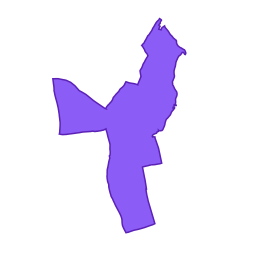 outline of Manokwari Selatan, Papua Barat, Indonesia, rotated 351°
{"feature_id": "22746128B90822416479405", "entity_name": "Manokwari Selatan", "entity_type": "district", "adm_level": 2, "iso_a3": "IDN", "parent_name": "Indonesia", "parent_adm1": "Papua Barat", "projection": "robinson", "projection_center": [134.051, -1.607], "detail": "fine", "context": "isolated", "style": "filled", "palette": "violet", "viewbox_px": 256, "rotation_deg": 351, "n_neighbors": 0, "source": "geoboundaries", "source_scale": "gbopen_adm2", "svg_char_len": 5362}
<svg xmlns="http://www.w3.org/2000/svg" viewBox="0 0 256 256"><g transform="rotate(351 128 128)"><path d="M177.9,26.8L177.8,26.7L177.7,26.2L177.1,25.5L176.6,25.3L176.2,24.9L175.6,25.8L174.9,26.3L174.3,26.7L173.4,27.3L172.4,28.2L171.3,29.5L170.2,30.9L169.5,31.8L169.0,32.4L168.0,33.4L167.4,34.5L166.4,35.8L164.5,37.8L164.0,38.4L163.9,38.5L163.6,38.8L163.0,39.4L162.9,39.4L162.0,40.0L160.0,42.7L159.6,43.3L158.2,44.9L157.4,46.1L156.7,46.9L155.2,47.8L154.7,48.7L154.5,48.8L155.2,49.7L155.5,50.7L155.8,51.3L156.0,51.9L156.5,53.0L156.9,55.0L157.5,56.3L158.4,57.6L158.7,58.9L159.0,59.8L158.8,60.0L158.7,60.1L158.3,60.7L157.6,61.4L156.7,62.5L156.1,63.2L155.7,63.7L154.7,65.2L152.9,67.3L151.5,69.9L150.7,71.1L149.9,71.9L149.0,73.0L148.9,73.2L148.8,73.5L148.8,77.0L148.9,78.1L148.9,79.0L148.7,79.3L148.8,79.4L145.7,84.4L144.3,86.7L144.3,86.8L142.5,85.8L140.8,85.1L138.3,84.3L136.3,83.6L134.4,82.6L133.2,82.0L132.7,82.8L132.1,83.3L131.7,84.1L131.3,84.6L130.5,85.6L128.7,86.9L127.7,87.5L126.9,87.9L125.9,88.7L124.7,90.3L122.9,91.7L121.5,92.7L121.0,93.2L119.8,94.3L118.2,95.6L117.6,96.8L117.1,97.6L116.6,98.3L115.2,99.7L114.9,99.9L114.0,100.6L112.7,101.7L111.6,102.4L110.1,103.9L109.3,104.9L108.8,105.1L109.0,105.4L108.3,105.1L99.3,96.6L98.1,95.4L92.9,89.6L91.5,88.1L87.7,85.0L85.7,83.5L82.2,78.0L78.6,74.0L75.3,71.8L74.2,71.1L70.6,69.8L66.5,68.3L62.9,67.8L61.5,67.6L61.3,72.9L61.3,74.8L61.3,75.4L61.0,78.6L60.8,79.1L61.0,84.2L61.3,87.4L61.6,89.9L61.7,91.1L61.8,91.4L62.1,95.9L62.1,96.2L62.2,96.8L62.2,99.6L62.2,102.1L62.2,104.0L62.1,104.9L61.8,112.0L61.3,115.1L60.9,116.9L60.7,117.8L60.1,120.4L59.5,122.7L59.2,123.2L60.4,123.7L62.3,124.3L66.1,124.7L67.7,124.7L74.1,124.9L75.5,124.9L76.1,124.9L79.7,125.0L82.7,124.9L90.5,125.6L91.3,125.6L92.7,125.6L94.7,126.3L96.1,126.3L96.9,126.4L98.2,126.4L100.8,126.4L101.7,126.3L103.6,126.2L106.1,125.4L106.1,126.8L106.5,129.0L106.8,133.4L107.2,136.9L107.6,140.4L107.6,141.9L107.0,145.1L106.8,146.4L106.8,147.3L106.7,149.0L106.1,151.8L105.2,152.6L105.3,154.8L103.8,158.2L103.5,159.1L102.2,162.9L101.0,165.8L100.4,169.0L100.2,170.5L99.7,172.4L99.5,174.5L99.5,177.6L99.7,178.9L100.1,180.6L99.8,183.2L99.9,185.2L99.9,185.9L100.1,187.9L100.2,189.1L100.5,191.2L100.6,192.5L100.7,193.2L101.7,195.6L102.0,197.0L102.2,197.8L102.8,199.7L103.5,202.4L104.5,205.3L105.6,208.4L106.5,211.0L107.3,214.0L107.7,216.8L107.7,217.4L107.5,219.4L107.3,221.4L107.3,223.5L108.0,226.4L108.8,228.7L109.6,231.1L111.9,231.0L115.1,230.4L118.1,229.9L122.2,229.7L124.9,229.4L125.6,229.3L128.8,228.9L133.5,228.0L135.8,227.6L137.2,227.4L139.6,226.7L136.5,203.2L136.4,201.0L136.1,197.2L136.1,191.3L136.7,191.3L136.7,182.1L136.5,178.1L136.2,168.8L136.6,168.7L138.1,168.6L142.4,168.3L145.3,168.0L147.6,168.3L149.7,168.4L151.0,168.3L154.0,168.3L155.8,168.0L155.0,152.7L153.1,142.0L153.2,141.7L153.2,141.4L153.2,141.0L152.5,140.9L151.9,140.6L151.5,140.6L151.0,140.8L150.7,140.2L150.8,140.1L150.9,139.4L151.3,138.9L152.0,138.4L152.6,138.2L153.6,137.9L154.3,137.8L154.8,137.7L155.2,137.6L155.8,137.1L156.1,136.4L156.6,136.3L157.4,136.2L157.6,135.6L157.7,134.9L158.1,135.5L158.7,135.7L159.2,135.8L160.3,135.8L161.1,135.8L161.6,135.5L162.0,135.2L162.5,134.5L163.4,133.0L163.8,132.5L164.1,132.0L164.5,131.3L164.9,130.4L165.2,129.6L165.4,128.9L165.8,128.0L166.3,127.0L166.6,126.3L167.2,125.6L167.6,125.1L168.0,124.8L168.5,124.6L169.1,124.0L169.5,123.7L170.2,123.1L170.6,122.7L171.4,122.1L171.8,121.7L172.4,120.9L172.7,120.3L173.1,119.7L173.5,119.1L174.2,118.3L174.7,117.9L175.4,117.4L175.7,116.8L175.7,115.9L175.7,115.3L176.2,115.8L176.7,116.2L177.0,115.8L177.2,115.2L176.9,114.8L176.8,114.3L176.8,114.2L176.9,113.4L177.0,112.8L177.2,112.2L177.6,112.3L178.0,112.8L178.4,113.3L179.1,113.3L179.1,112.8L178.8,112.4L178.4,112.2L178.5,111.6L178.8,111.1L179.0,110.4L179.1,109.9L179.2,109.3L179.2,109.1L179.2,108.7L179.3,108.2L179.4,107.5L179.5,106.9L180.0,105.8L180.2,105.4L180.7,104.8L181.0,104.3L181.3,103.7L181.7,102.4L181.8,101.8L181.8,101.3L181.8,100.2L181.5,99.3L180.8,98.0L180.5,97.2L180.2,96.5L180.2,96.4L179.8,95.0L179.6,94.2L179.4,93.5L178.9,92.5L178.9,91.8L179.1,90.7L179.0,89.9L179.2,89.2L179.4,88.8L179.4,88.7L179.9,88.0L180.3,87.4L180.7,86.6L181.1,86.0L181.4,85.5L181.8,84.8L182.0,84.0L182.0,83.8L182.1,83.3L182.0,82.6L182.0,81.8L182.1,81.1L182.1,80.5L182.3,79.5L182.4,78.9L182.7,78.1L183.1,77.2L183.5,76.2L183.9,75.4L184.3,74.7L184.6,73.9L184.9,72.9L185.4,71.3L185.5,70.9L185.7,70.5L186.7,68.7L187.3,67.9L187.8,67.1L188.3,66.2L188.9,65.6L189.5,64.8L190.2,64.6L190.9,64.2L191.6,63.7L192.1,63.2L192.6,62.7L193.4,61.8L194.5,62.0L195.0,62.7L195.2,63.4L195.5,64.1L196.1,64.4L196.7,63.5L196.8,62.8L196.8,62.3L196.5,61.0L196.2,60.0L195.9,59.6L195.5,59.3L194.1,58.2L193.3,57.4L192.2,56.7L191.6,56.2L190.1,54.5L190.0,54.0L189.5,53.1L189.3,51.7L189.3,50.9L189.5,49.7L189.4,49.2L189.1,48.6L188.7,48.4L188.4,47.9L187.7,47.1L186.9,46.2L186.5,45.4L186.1,44.6L185.7,44.0L185.3,43.4L184.7,42.7L184.0,41.4L183.6,40.4L183.4,39.8L182.5,37.9L181.0,35.5L180.6,34.7L180.2,33.7L180.1,33.0L180.1,32.9L178.9,33.4L177.9,33.9L177.2,34.3L176.6,35.0L176.3,35.5L176.1,36.2L175.4,36.0L175.2,35.8L174.0,35.2L173.9,35.2L174.3,34.3L174.8,33.6L175.6,32.5L175.4,32.3L175.0,32.0L174.8,31.8L174.6,31.4L174.5,31.2L175.0,30.6L175.2,30.3L175.6,30.0L175.9,30.0L176.2,29.6L176.3,29.2L176.4,28.7L176.6,28.3L177.0,27.7L177.3,27.5L177.7,27.1L177.9,26.8Z" fill="#8b5cf6" stroke="#5b21b6" stroke-width="1.5"/></g></svg>